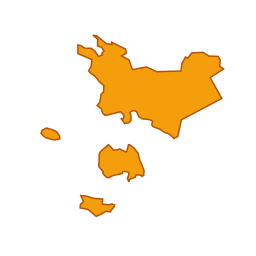 outline of Knox, Maine, United States of America, rotated 106°
{"feature_id": "52423323B37590358813634", "entity_name": "Knox", "entity_type": "district", "adm_level": 2, "iso_a3": "USA", "parent_name": "United States of America", "parent_adm1": "Maine", "projection": "orthographic", "projection_center": [-69.021, 44.093], "detail": "fine", "context": "isolated", "style": "filled", "palette": "amber", "viewbox_px": 256, "rotation_deg": 106, "n_neighbors": 0, "source": "geoboundaries", "source_scale": "gbopen_adm2", "svg_char_len": 2164}
<svg xmlns="http://www.w3.org/2000/svg" viewBox="0 0 256 256"><g transform="rotate(106 128 128)"><path d="M43.3,57.0L37.4,58.0L34.3,61.1L36.6,70.0L34.6,76.7L38.2,87.4L44.5,89.8L43.9,92.3L51.2,93.9L58.7,92.8L62.1,103.8L66.0,115.9L64.2,127.1L70.5,139.4L70.5,140.0L62.2,145.8L60.5,154.1L56.6,150.2L52.8,152.0L50.1,167.3L52.1,166.4L52.9,172.0L50.2,178.5L48.1,183.2L48.4,187.3L51.0,181.6L57.7,179.8L57.7,175.8L60.6,172.2L61.8,172.9L63.2,173.7L64.9,172.9L67.4,176.1L63.3,180.8L61.5,185.5L63.2,191.2L61.8,196.1L61.9,199.0L70.3,196.7L72.2,181.7L78.9,180.4L83.9,181.6L85.4,179.6L87.5,173.5L91.6,168.1L93.7,162.9L99.9,161.5L103.1,163.2L111.0,162.2L114.9,163.9L117.1,158.8L120.7,156.4L122.1,154.1L121.5,151.8L117.3,144.7L116.9,144.0L115.7,142.1L114.4,139.3L116.9,135.6L117.7,134.9L119.5,135.0L120.7,135.5L120.7,137.0L121.0,137.1L124.7,132.2L122.2,128.2L120.6,127.4L119.4,127.3L115.1,128.7L112.4,130.3L111.7,130.1L109.8,127.8L109.8,124.5L113.7,121.0L114.3,120.5L115.3,116.8L114.4,112.6L114.1,108.7L114.4,107.5L114.8,106.2L118.4,106.1L119.8,104.3L120.4,96.9L122.4,91.1L122.2,88.2L122.9,85.6L125.3,81.1L125.5,80.9L122.3,77.8L105.4,78.9L73.7,46.0L56.9,62.9L44.9,52.4L43.3,57.0ZM143.6,122.0L143.9,122.9L151.3,122.8L151.6,124.2L150.4,130.3L152.2,132.7L153.3,135.8L151.4,138.5L149.4,142.2L155.5,146.2L158.9,148.3L161.4,148.4L168.8,146.3L171.0,146.3L173.4,145.1L177.0,139.7L178.1,139.8L179.4,138.5L181.4,134.9L180.9,132.3L178.9,130.5L177.0,127.9L173.4,120.9L171.5,121.0L170.7,119.2L170.4,116.7L170.6,115.1L171.0,114.7L174.4,114.4L176.6,114.7L179.1,112.7L178.7,112.1L177.7,112.5L176.6,111.9L173.1,107.3L170.9,107.4L169.9,103.6L170.0,102.1L170.7,101.6L169.4,99.8L164.6,100.8L157.9,105.8L155.7,107.9L149.5,111.3L145.6,116.7L143.6,122.0ZM205.6,119.6L205.5,122.6L207.1,125.2L208.2,131.7L203.2,132.8L205.1,141.4L204.9,149.4L206.0,154.7L210.9,150.5L214.6,152.7L218.0,152.0L217.3,144.0L221.7,134.2L217.9,129.7L214.3,126.5L213.5,121.8L211.4,121.3L210.8,121.1L208.2,119.9L207.1,119.6L205.6,119.6ZM150.5,200.2L150.5,206.4L153.8,209.9L157.3,210.0L160.0,204.9L160.0,200.8L159.7,195.0L157.1,190.5L154.2,191.8L151.2,195.6L150.5,200.2Z" fill="#f59e0b" stroke="#b45309" stroke-width="1.5"/></g></svg>